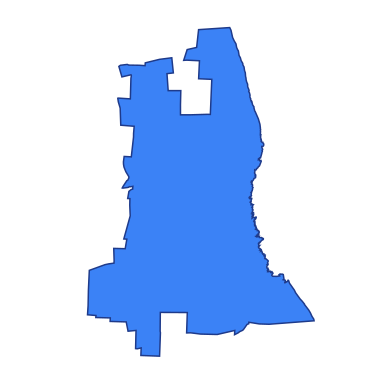 outline of San Felipe, Yucatán, Mexico, rotated 86°
{"feature_id": "50627088B38726210466963", "entity_name": "San Felipe", "entity_type": "district", "adm_level": 2, "iso_a3": "MEX", "parent_name": "Mexico", "parent_adm1": "Yucatán", "projection": "orthographic", "projection_center": [-88.314, 21.495], "detail": "fine", "context": "isolated", "style": "filled", "palette": "blue", "viewbox_px": 384, "rotation_deg": 86, "n_neighbors": 0, "source": "geoboundaries", "source_scale": "gbopen_adm2", "svg_char_len": 6016}
<svg xmlns="http://www.w3.org/2000/svg" viewBox="0 0 384 384"><g transform="rotate(86 192 192)"><path d="M329.0,79.2L327.3,79.4L324.4,81.0L320.9,82.3L317.9,83.8L312.0,87.7L311.7,87.6L308.6,89.7L306.3,91.6L299.7,95.7L297.1,96.7L289.8,101.1L287.1,101.8L286.7,102.3L286.9,102.5L287.4,102.4L287.6,102.6L288.9,105.2L289.0,105.7L288.6,105.8L288.1,105.4L287.9,104.8L286.5,105.2L285.9,107.0L285.4,106.3L280.7,106.7L280.2,107.7L280.2,109.3L279.9,109.8L280.1,110.2L280.4,110.2L280.7,111.0L281.8,110.4L282.1,113.3L281.7,117.4L280.8,118.2L280.2,118.1L278.8,116.9L278.2,117.1L277.0,117.9L277.2,118.2L278.0,118.5L277.9,119.0L277.5,119.2L277.2,119.1L276.8,119.5L276.7,120.0L276.4,119.8L276.3,120.3L276.9,121.6L276.8,122.1L276.4,121.9L276.0,122.1L275.7,121.8L275.4,122.1L275.0,121.5L274.9,121.7L274.5,121.3L274.0,121.8L273.4,121.5L273.0,122.6L271.7,122.6L270.4,122.0L270.0,121.4L269.8,121.6L269.5,121.4L269.4,121.8L269.1,121.4L268.7,121.3L268.1,121.4L267.9,121.6L266.3,120.8L265.8,120.9L264.0,122.7L263.5,123.3L263.6,123.8L263.1,124.1L262.5,123.7L262.0,123.7L261.0,123.4L260.7,124.6L260.3,124.6L260.4,124.2L259.9,123.7L259.5,124.9L259.1,125.4L258.8,125.0L258.7,125.4L258.3,125.5L257.9,126.2L256.9,126.1L256.1,126.6L256.1,127.1L255.8,126.7L255.7,126.7L255.4,127.1L254.9,126.8L254.6,126.9L254.6,128.1L253.9,127.4L253.7,127.6L253.8,128.1L253.2,128.1L252.7,128.7L252.6,129.2L251.4,129.6L251.1,129.4L250.7,128.7L250.4,128.8L250.1,128.4L250.1,129.0L249.7,128.9L249.6,129.2L248.0,129.3L247.9,128.7L247.3,128.7L246.8,128.1L247.1,127.7L245.2,126.0L244.4,124.3L244.0,124.1L243.4,124.1L243.3,125.1L242.7,125.2L242.3,125.8L242.1,127.9L241.0,128.1L241.1,128.9L240.7,128.4L240.6,129.1L241.0,129.6L241.2,130.1L240.9,130.6L240.9,131.2L240.7,131.4L240.5,130.3L240.1,129.8L239.8,130.1L239.6,129.8L239.8,129.6L239.6,129.4L239.4,129.7L239.2,129.0L238.9,129.2L238.2,128.9L238.4,128.2L238.2,128.2L238.1,128.5L237.7,128.5L237.1,127.8L236.3,127.8L236.1,128.0L235.8,127.9L235.2,128.6L235.1,129.3L234.7,129.0L234.2,129.6L233.8,129.9L233.9,130.6L233.6,131.0L233.4,130.3L233.0,130.0L232.8,130.1L232.7,130.6L231.7,130.4L231.4,130.6L231.4,130.9L231.0,131.0L230.5,130.7L230.3,131.0L229.8,131.2L229.9,131.8L229.2,131.7L229.1,131.9L228.8,131.9L228.4,131.3L227.9,131.4L227.8,131.7L227.1,131.8L227.0,131.5L226.4,131.2L226.2,131.9L225.5,132.4L224.9,131.6L224.3,131.9L223.7,130.9L223.3,131.0L223.2,130.4L222.7,130.3L222.6,130.0L222.0,129.7L221.4,129.9L221.5,130.2L221.9,130.2L222.1,130.7L221.7,131.8L221.7,133.0L222.2,133.8L220.8,133.4L220.8,133.1L219.7,132.4L218.9,132.2L218.7,132.1L218.7,132.3L219.2,133.1L218.6,132.8L218.2,133.5L218.1,133.0L217.3,132.6L217.1,132.1L216.9,132.1L216.9,132.7L217.2,132.7L217.5,133.1L217.0,133.6L216.7,133.1L215.2,133.1L215.0,132.7L214.0,132.4L213.5,133.0L211.5,132.6L211.2,132.8L211.2,133.1L210.4,132.5L209.3,132.2L209.0,131.9L208.9,132.7L208.5,132.5L208.3,132.8L208.9,133.9L208.1,134.0L207.2,133.7L206.3,134.7L205.6,134.3L205.4,133.6L204.4,133.6L202.8,132.8L202.4,132.9L202.2,133.3L202.8,134.6L202.6,135.0L202.4,135.1L202.5,134.7L201.4,134.4L201.0,134.9L200.4,134.2L200.4,133.5L199.8,132.9L198.5,133.2L197.0,132.7L196.6,132.8L196.5,133.0L196.0,132.4L195.4,132.5L195.0,131.9L193.5,131.4L193.0,131.5L191.7,130.8L190.9,131.5L190.2,131.4L189.7,131.1L188.5,131.2L188.2,131.7L188.2,132.0L186.5,131.4L186.5,132.3L186.2,132.4L185.6,131.9L185.3,131.9L185.1,131.6L185.3,131.2L184.8,130.4L183.4,129.4L182.8,129.3L182.2,127.7L181.7,127.5L180.3,127.3L180.2,127.9L179.5,127.4L179.4,127.6L178.9,127.6L178.2,128.1L177.5,128.0L177.3,128.3L175.3,127.7L174.6,128.0L174.3,127.9L174.6,127.5L174.2,126.2L173.4,126.1L172.4,124.6L171.5,124.1L170.7,122.9L166.2,120.8L165.3,121.0L165.3,121.6L165.5,122.3L164.2,122.6L164.1,123.2L164.3,123.5L163.5,123.4L163.0,122.3L162.7,122.2L162.8,121.3L158.4,119.7L158.0,119.8L156.5,119.0L155.7,118.9L155.3,119.2L154.3,118.5L152.6,119.2L151.4,119.2L151.5,118.2L151.0,117.5L150.3,117.2L149.3,117.1L148.5,117.3L148.0,117.9L147.3,117.9L147.0,119.1L146.4,119.5L145.6,119.1L145.1,119.4L144.4,119.3L144.1,119.7L143.5,119.5L142.7,119.8L141.1,119.6L140.8,119.8L140.2,119.7L139.8,119.2L139.6,119.3L139.5,119.8L136.3,119.4L135.6,119.5L134.5,119.2L133.6,119.4L133.0,119.3L129.2,119.5L123.7,120.7L116.3,123.3L115.4,123.8L113.4,124.1L112.6,124.4L111.5,124.2L109.2,125.5L105.8,126.0L105.1,126.4L105.1,126.6L105.3,126.7L105.0,126.8L103.6,127.1L103.2,126.9L101.7,127.5L100.0,127.6L99.5,127.3L98.7,127.5L97.3,127.7L95.6,128.4L95.0,128.0L94.0,128.1L91.0,129.1L88.3,129.0L86.0,129.8L83.6,130.2L82.0,130.2L80.4,130.5L76.8,130.5L74.6,131.1L70.8,131.4L69.4,132.1L68.4,132.4L67.2,132.4L64.4,133.8L61.4,134.4L59.1,135.5L54.5,135.9L52.9,136.7L50.9,137.4L47.3,137.8L44.1,139.4L40.7,140.7L33.4,141.8L30.6,142.9L30.5,174.1L48.1,177.3L49.6,186.9L60.1,191.1L60.1,188.1L61.6,175.4L79.5,177.5L81.0,164.4L115.9,168.3L115.6,171.0L114.9,188.2L114.2,198.1L104.0,197.4L90.1,196.1L89.2,208.7L72.2,208.7L71.9,202.3L56.7,202.8L57.4,215.2L59.9,229.6L62.7,230.0L61.9,235.7L61.0,246.2L60.2,247.7L60.6,254.6L61.6,256.2L72.3,253.9L70.8,244.7L71.7,244.4L74.4,245.0L94.8,247.0L93.2,258.9L93.3,259.5L97.0,259.2L103.3,257.8L120.4,258.4L122.4,245.1L129.5,246.2L133.1,246.5L152.7,250.1L151.8,257.2L157.1,258.3L159.5,258.4L162.4,258.1L167.1,256.6L172.2,254.0L173.5,254.0L175.8,255.3L176.1,256.2L181.5,260.3L183.1,261.3L183.3,260.7L183.0,255.6L182.8,254.7L182.4,254.4L182.3,253.8L182.5,252.8L182.2,250.6L185.0,251.0L185.3,252.5L187.0,254.9L194.0,256.6L194.3,254.4L200.8,255.0L211.5,255.3L234.1,263.3L234.5,260.3L243.9,262.6L242.8,274.0L255.4,274.5L257.5,274.8L257.9,280.2L258.4,283.8L263.0,299.9L282.8,302.2L298.3,303.6L307.2,304.8L308.5,296.4L310.5,296.7L311.9,282.3L315.4,282.7L317.0,266.7L326.4,265.5L326.2,257.5L344.3,259.2L344.6,257.5L344.0,253.6L351.5,254.4L353.5,235.8L330.1,233.3L328.7,233.5L309.9,232.0L311.9,205.1L332.2,207.2L332.4,203.1L334.3,193.5L335.9,176.8L333.1,159.0L337.3,159.5L335.7,155.7L334.6,154.1L333.5,151.1L332.6,150.1L327.9,146.3L327.4,144.6L325.9,144.4L328.3,134.1L329.3,124.3L329.0,79.2Z" fill="#3b82f6" stroke="#1e3a8a" stroke-width="1.5"/></g></svg>